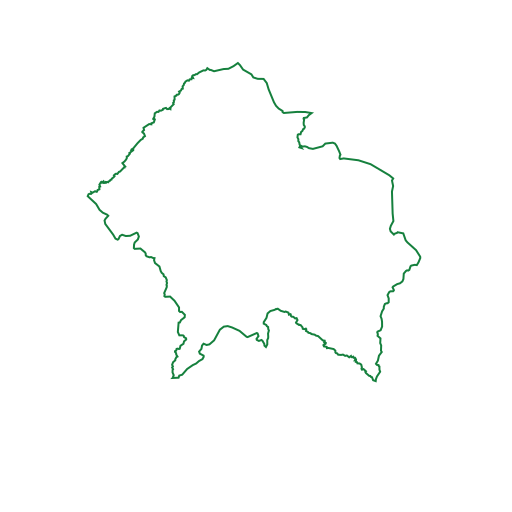 outline of Luiza, Kasaï-Occidental, Democratic Republic of the Congo, rotated 217°
{"feature_id": "63176286B81146580347594", "entity_name": "Luiza", "entity_type": "district", "adm_level": 2, "iso_a3": "COD", "parent_name": "Democratic Republic of the Congo", "parent_adm1": "Kasaï-Occidental", "projection": "albers", "projection_center": [22.518, -7.202], "detail": "fine", "context": "isolated", "style": "outline", "palette": "green", "viewbox_px": 512, "rotation_deg": 217, "n_neighbors": 0, "source": "geoboundaries", "source_scale": "gbopen_adm2", "svg_char_len": 6144}
<svg xmlns="http://www.w3.org/2000/svg" viewBox="0 0 512 512"><g transform="rotate(217 256 256)"><path d="M249.2,108.4L244.6,112.2L245.3,114.3L243.5,116.8L243.0,124.3L240.8,130.9L239.1,134.1L238.3,137.8L236.7,141.4L237.1,144.0L237.9,144.9L242.1,144.2L243.9,145.4L243.7,149.0L245.2,152.0L245.1,154.4L241.9,155.2L240.0,157.4L238.7,163.4L240.5,175.4L239.2,180.2L236.4,183.0L232.2,184.5L224.1,186.3L214.9,185.8L213.9,186.2L209.0,195.0L208.1,195.1L205.8,193.5L205.7,190.1L204.9,189.5L202.6,189.9L201.1,192.2L199.9,192.2L196.5,190.8L195.3,189.5L193.3,189.3L193.8,192.2L196.4,195.6L196.9,197.8L197.9,199.2L199.7,201.3L200.9,204.3L202.2,205.0L203.6,206.6L205.1,206.5L206.3,207.1L209.1,206.6L210.0,207.8L210.4,212.9L212.2,217.1L211.4,220.7L208.7,224.2L208.1,225.8L207.6,225.9L206.9,227.0L203.3,227.1L199.5,228.5L198.9,229.5L196.1,230.3L194.4,229.0L193.7,230.2L193.2,230.3L192.1,229.2L191.1,229.0L189.6,229.9L187.1,229.7L186.2,230.8L184.3,229.8L184.0,226.9L183.4,226.6L181.4,226.7L180.7,227.1L180.2,226.8L178.8,227.7L175.9,227.0L174.8,226.0L173.4,226.6L172.5,228.0L171.8,227.8L170.9,226.2L168.8,226.6L168.0,226.2L165.9,227.2L164.8,227.0L161.8,228.5L160.2,228.5L158.2,229.4L151.9,228.8L150.2,229.7L149.5,228.8L149.9,227.3L148.9,228.7L147.9,228.6L147.6,227.8L148.5,225.4L147.3,224.7L145.2,225.8L144.6,225.9L143.9,225.1L142.7,226.2L138.0,228.4L135.7,228.2L134.6,226.8L133.7,226.6L132.5,227.1L131.0,226.6L128.5,228.2L127.2,229.6L124.7,229.9L123.6,231.2L120.6,231.2L120.0,233.3L119.2,232.8L118.3,232.9L117.8,234.1L116.4,233.6L115.7,234.3L114.7,234.0L114.3,232.2L113.5,233.0L112.6,231.5L111.4,232.0L110.4,231.3L108.6,232.5L106.6,232.6L104.4,230.8L103.9,229.4L102.9,229.0L102.1,230.4L98.8,230.1L98.9,229.2L97.8,228.7L93.4,228.4L92.5,229.0L91.4,228.6L90.4,229.0L87.7,227.3L85.1,228.1L86.1,229.8L86.9,232.6L87.2,238.3L89.0,239.5L90.9,242.0L91.6,241.9L92.5,242.6L94.0,241.8L95.3,242.1L95.7,245.8L97.8,250.4L97.8,255.0L99.2,255.6L102.2,259.9L104.4,261.2L107.0,265.1L110.9,265.4L111.6,266.9L113.3,268.1L113.4,268.8L111.8,271.7L112.8,275.5L115.8,279.4L117.9,281.4L120.3,282.9L122.0,287.7L122.3,290.9L123.4,292.4L124.2,295.2L123.4,296.7L122.5,297.4L122.2,298.9L124.5,302.0L127.4,303.9L127.9,307.3L127.4,308.7L125.3,310.3L125.2,310.8L125.3,311.7L128.1,313.2L128.1,314.2L126.3,318.6L124.6,320.8L123.8,323.8L124.4,326.3L127.4,330.9L127.2,334.4L126.7,335.5L125.7,335.9L125.2,337.2L126.4,340.8L126.2,341.8L123.9,344.5L122.1,345.5L122.4,348.7L123.6,353.3L124.5,354.3L131.7,357.0L143.3,358.0L145.9,358.6L152.0,362.7L157.2,360.2L157.2,359.5L158.8,357.0L158.8,356.1L163.3,356.7L165.4,358.3L166.5,361.3L167.3,366.6L172.4,372.1L186.2,389.3L188.6,394.4L192.8,398.1L193.1,400.5L198.2,400.7L219.7,398.3L231.8,394.1L244.7,386.7L247.1,384.1L248.3,384.5L249.5,386.8L249.5,387.7L252.5,389.6L258.0,392.5L260.6,393.3L262.9,392.7L268.3,387.5L268.8,383.7L275.0,375.8L278.6,374.0L280.9,373.8L283.0,373.0L284.7,371.4L286.4,371.1L285.9,369.9L284.7,369.6L286.7,368.9L287.0,370.8L288.2,371.2L289.9,372.8L291.3,373.2L292.5,374.8L294.3,375.7L295.6,378.0L295.4,378.7L293.7,380.0L294.6,382.2L294.2,383.8L294.7,385.7L294.2,386.6L294.5,388.2L295.1,388.9L296.7,389.4L298.1,391.0L299.7,394.0L300.6,394.2L300.9,395.0L298.7,397.3L298.6,400.2L297.6,403.6L303.2,400.7L309.8,395.9L319.8,387.0L321.3,386.9L322.1,387.8L326.6,387.4L330.4,388.0L334.2,389.6L346.2,396.7L351.5,400.6L356.5,402.0L361.3,398.5L365.6,397.0L369.0,398.3L378.5,397.1L383.7,398.8L386.6,399.2L388.2,394.1L390.7,388.9L394.4,385.8L400.7,378.3L404.1,377.4L404.9,376.8L407.9,376.7L407.7,374.8L408.2,373.6L409.7,372.6L411.9,368.3L412.5,365.7L413.4,365.1L414.0,363.4L415.0,362.6L415.2,361.3L413.4,360.3L414.6,359.7L413.9,358.3L415.3,357.1L415.1,355.6L416.5,355.0L417.3,352.8L417.0,351.2L417.3,350.4L416.6,349.1L416.7,347.3L415.2,345.6L415.9,344.6L415.5,343.0L416.4,341.0L415.2,340.5L415.0,339.0L415.2,338.2L416.4,337.0L416.1,336.1L417.1,334.4L415.1,331.9L415.3,330.8L414.2,329.6L414.3,328.3L413.1,327.7L413.7,323.4L412.8,321.9L414.1,321.9L414.1,320.9L415.4,319.8L417.0,320.1L417.4,319.6L418.8,317.6L418.4,316.7L419.4,314.8L420.7,314.1L420.6,312.4L421.8,311.6L422.7,309.0L421.0,306.2L420.6,303.6L419.9,303.6L419.7,304.4L419.0,304.2L418.0,301.2L419.4,299.1L418.8,298.2L420.7,297.1L423.0,290.7L421.2,289.2L421.6,286.9L421.2,286.4L419.2,286.4L416.8,284.9L417.5,282.8L417.0,281.5L417.9,279.4L418.5,274.7L418.8,267.9L419.5,266.3L419.4,265.8L418.0,267.0L417.7,266.6L419.1,262.0L418.3,261.7L418.4,258.7L419.1,257.6L418.1,256.5L417.8,254.9L417.9,252.4L418.6,249.8L414.3,248.7L414.7,248.0L414.3,247.5L414.7,247.1L415.4,241.6L416.1,240.7L416.1,238.1L417.3,237.5L417.8,236.3L418.0,234.9L417.0,234.6L417.1,233.2L417.7,231.0L417.4,230.0L418.1,229.1L417.9,228.2L418.7,226.6L418.4,226.0L420.6,224.7L420.0,224.1L421.4,222.8L422.7,223.7L423.0,221.9L424.0,222.3L424.3,221.8L424.0,218.7L422.3,217.7L422.8,216.9L421.2,215.0L422.2,213.4L421.7,211.7L422.1,211.2L423.5,210.9L424.6,208.3L426.1,207.9L425.0,207.0L425.1,206.3L426.5,205.4L426.9,204.5L426.4,202.5L414.9,201.3L408.7,198.7L404.4,198.4L399.8,199.4L398.2,199.2L398.6,195.2L398.3,193.2L395.7,190.9L382.9,187.1L378.7,185.3L376.3,185.8L376.0,186.9L376.7,190.1L375.7,192.4L372.0,193.6L368.7,196.4L365.4,202.8L364.4,203.0L361.3,201.1L360.3,198.1L361.0,193.8L360.3,191.8L358.3,188.8L357.2,188.7L352.8,192.4L346.7,192.1L345.4,191.4L344.6,190.3L343.3,189.9L340.2,190.9L339.2,192.0L336.9,192.5L335.8,193.2L334.9,191.3L332.4,189.6L326.8,189.5L323.0,186.6L321.2,185.8L318.8,185.7L317.5,184.4L315.3,184.6L312.7,183.1L312.1,181.7L310.8,180.9L310.1,179.0L309.3,178.6L308.5,177.3L307.0,171.1L305.8,170.4L305.0,168.8L303.9,168.8L300.2,171.9L294.1,171.2L286.5,168.6L284.4,165.8L282.9,165.6L281.6,166.8L277.4,166.2L276.1,164.1L277.3,159.7L276.8,157.1L277.7,156.2L272.7,148.3L269.5,146.5L266.5,148.7L265.6,148.7L264.6,147.9L262.3,148.2L261.5,147.3L262.1,144.5L261.1,142.2L262.3,138.9L261.1,136.0L261.5,135.4L262.9,134.8L263.5,134.0L262.8,132.4L263.4,131.3L263.0,130.7L261.3,130.3L260.4,129.3L258.2,128.4L258.7,127.4L258.3,124.9L257.7,124.1L258.3,121.3L257.5,118.6L255.9,117.8L255.9,116.5L254.1,115.7L254.1,114.9L252.6,112.8L250.0,111.3L249.6,109.8L249.1,109.6L249.2,108.4Z" fill="none" stroke="#15803d" stroke-width="2"/></g></svg>